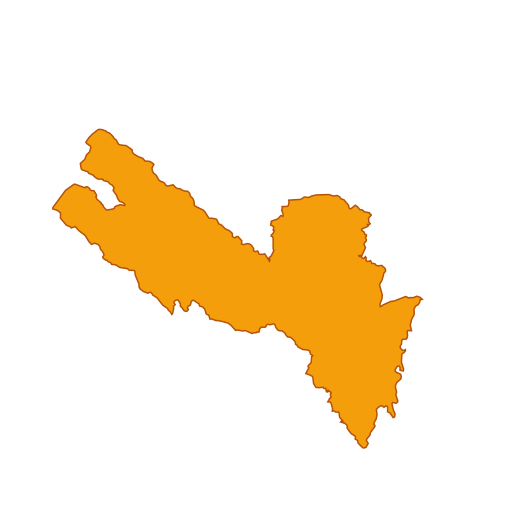 Kiharu, Central, Kenya, rotated 34°
{"feature_id": "3690345B72180207858390", "entity_name": "Kiharu", "entity_type": "district", "adm_level": 2, "iso_a3": "KEN", "parent_name": "Kenya", "parent_adm1": "Central", "projection": "orthographic", "projection_center": [37.119, -0.71], "detail": "fine", "context": "isolated", "style": "filled", "palette": "amber", "viewbox_px": 512, "rotation_deg": 34, "n_neighbors": 0, "source": "geoboundaries", "source_scale": "gbopen_adm2", "svg_char_len": 6104}
<svg xmlns="http://www.w3.org/2000/svg" viewBox="0 0 512 512"><g transform="rotate(34 256 256)"><path d="M61.1,330.6L65.7,329.3L69.8,329.5L72.7,334.0L81.6,336.5L85.9,335.6L87.1,336.1L89.7,332.7L95.4,334.1L102.9,334.5L109.7,337.6L113.1,338.4L115.0,335.7L118.6,334.7L121.1,335.4L123.4,337.5L125.4,337.8L128.8,339.5L129.5,340.6L129.4,342.4L130.5,343.3L133.5,343.5L134.9,342.9L136.4,343.3L139.7,342.9L140.9,343.7L144.5,341.8L149.4,341.7L156.4,338.4L159.0,338.7L162.7,336.3L163.9,336.2L166.5,339.3L174.8,344.8L176.3,347.0L178.2,348.1L182.5,348.4L187.0,347.4L188.6,345.2L189.8,344.9L192.3,346.1L197.4,346.0L206.2,348.9L212.3,349.0L213.6,350.0L216.0,350.2L218.9,351.5L219.0,350.3L217.3,346.0L215.8,343.7L216.2,341.4L214.0,340.6L213.7,339.6L214.2,337.5L216.1,336.0L220.2,338.1L221.4,340.0L222.8,340.0L227.2,341.6L228.6,341.1L229.7,340.3L229.9,339.1L229.7,338.0L228.3,337.5L227.9,336.6L228.0,335.3L229.0,333.4L227.9,330.1L228.0,328.7L228.9,327.6L235.4,327.6L237.2,329.0L240.0,328.1L243.2,328.6L246.4,331.4L247.4,331.9L250.0,331.5L253.1,334.1L254.6,332.9L259.2,331.9L259.9,331.1L265.8,328.7L270.4,327.3L274.0,327.4L280.6,329.1L282.4,327.5L286.5,325.9L289.0,323.7L296.0,322.5L297.4,320.5L298.9,319.8L299.4,318.3L300.6,317.9L301.0,316.8L299.7,314.4L300.3,311.8L303.2,310.2L303.7,308.9L303.3,307.5L303.8,306.5L304.5,305.6L306.0,305.3L308.4,302.5L309.7,302.2L312.8,304.3L315.3,305.2L317.2,304.9L319.3,303.5L322.9,303.7L325.6,305.0L327.7,305.4L329.8,304.2L333.1,304.4L336.3,305.1L338.2,307.1L339.2,306.8L341.7,307.9L347.0,307.4L351.5,305.0L353.6,304.8L355.9,306.8L358.8,306.9L358.3,308.2L361.3,313.5L360.6,317.4L361.0,318.7L362.3,319.1L363.0,325.6L367.0,324.6L369.7,324.3L370.9,324.7L375.1,329.6L379.1,331.4L381.7,330.1L384.9,327.4L386.4,327.9L388.0,326.7L389.9,328.9L391.0,329.1L391.6,328.2L390.4,327.7L391.0,326.8L392.5,327.4L394.0,327.0L394.9,327.4L394.9,329.0L397.3,331.3L396.7,332.7L397.1,336.8L399.4,335.5L400.7,336.2L404.7,339.6L406.1,342.0L407.1,340.9L409.3,340.8L412.0,339.2L415.7,343.1L420.3,344.2L419.2,344.9L419.0,346.3L423.6,345.0L425.9,345.5L427.1,346.2L427.5,347.5L430.4,348.8L434.3,350.0L439.3,349.9L440.6,352.3L443.3,352.1L445.5,354.1L451.8,355.3L453.2,354.5L454.2,353.0L453.8,348.6L450.6,347.2L450.2,345.9L450.6,340.8L449.6,338.1L449.9,331.0L449.3,329.9L448.0,329.7L447.1,328.1L446.8,324.0L445.0,319.8L441.5,315.8L441.9,313.6L442.9,310.8L444.2,309.7L446.7,309.9L447.4,307.9L448.2,307.2L449.8,307.9L452.2,311.6L454.9,311.2L460.0,313.3L460.7,312.4L460.7,311.2L459.4,309.0L455.7,306.7L451.2,302.3L451.4,300.9L454.5,299.7L455.0,298.1L454.6,296.8L449.6,293.0L448.6,290.1L445.3,287.2L443.9,285.1L443.5,282.1L444.8,277.0L444.0,274.9L443.0,273.8L441.7,273.2L437.4,273.9L435.9,273.7L435.0,272.6L434.8,269.4L435.1,268.2L436.2,267.1L437.6,267.7L439.3,270.2L442.4,268.9L441.6,267.2L436.1,262.9L432.9,257.7L431.7,255.4L432.8,253.2L432.9,251.0L432.2,250.1L431.6,251.4L430.3,252.1L428.7,252.1L426.6,251.2L426.0,250.1L425.8,247.5L424.1,244.6L424.1,243.2L427.0,240.9L427.1,239.4L425.9,236.8L423.5,234.2L423.6,232.9L426.7,231.0L422.5,227.0L420.4,221.2L419.9,216.1L416.5,211.3L416.5,207.7L417.7,205.7L417.5,202.6L416.5,200.6L418.1,199.0L415.2,198.5L411.8,199.4L409.6,202.7L407.3,204.0L406.3,205.3L402.7,205.9L395.8,216.0L393.1,218.3L388.7,225.5L387.7,228.3L386.5,227.9L385.4,225.7L384.4,221.3L382.6,217.8L374.4,210.7L373.9,205.2L371.5,198.2L372.0,196.7L371.4,195.3L370.0,194.1L365.5,193.5L362.9,195.8L360.7,196.6L359.3,196.0L357.6,196.3L356.3,197.5L353.6,195.8L351.7,198.2L349.8,198.3L348.2,195.7L347.0,195.4L347.0,197.1L346.2,198.1L345.0,198.2L344.0,197.5L341.9,198.7L341.0,198.2L343.5,196.4L342.1,187.8L339.0,186.0L338.6,184.9L339.0,182.0L338.4,180.8L336.3,179.3L336.4,177.6L335.7,176.8L334.3,177.1L331.8,175.6L329.3,175.7L328.6,174.5L332.0,169.2L332.2,168.2L330.8,167.6L332.1,166.9L332.7,165.4L330.7,164.9L328.0,161.5L328.8,157.9L327.9,157.2L326.8,157.5L326.0,156.7L320.9,158.8L318.4,158.3L316.3,159.5L312.5,158.4L309.9,158.4L308.4,163.4L307.4,164.4L305.9,163.9L304.4,162.2L297.3,160.2L294.7,161.1L292.2,160.2L289.4,160.5L286.7,163.0L282.0,164.3L271.7,171.8L268.7,175.0L267.0,178.0L263.0,180.1L261.6,183.9L251.9,191.4L253.5,193.2L254.6,196.2L254.2,197.4L250.0,200.4L250.8,201.0L251.7,203.7L255.0,206.0L256.1,208.0L254.0,208.5L253.4,212.9L249.2,218.7L250.1,219.7L250.2,221.1L251.1,222.3L252.9,221.7L254.5,222.1L255.8,225.0L256.9,224.6L257.5,227.3L257.0,230.2L257.5,231.1L258.8,230.7L260.2,231.6L266.4,240.7L267.7,241.4L268.6,247.5L267.8,250.0L269.7,251.5L270.1,252.8L262.0,249.3L260.5,251.0L257.9,252.6L256.7,252.5L255.7,251.3L254.5,251.0L253.1,252.7L250.9,253.1L249.9,251.2L246.5,249.7L243.9,249.6L241.6,250.7L239.2,253.6L237.2,254.1L235.7,251.3L230.1,249.9L229.0,250.8L228.5,252.6L227.0,253.1L225.6,253.0L223.8,250.6L222.8,250.3L219.7,249.9L215.2,250.7L210.3,249.6L207.1,250.1L203.2,247.8L202.1,247.7L198.1,249.4L196.9,250.6L195.4,250.8L188.6,247.8L186.5,247.5L177.4,248.7L176.2,248.1L174.5,245.8L172.4,244.2L170.9,243.5L168.4,243.2L166.0,241.2L163.2,240.5L160.7,242.0L157.0,242.8L155.4,242.6L153.8,243.8L151.5,244.2L147.5,243.3L143.6,247.5L141.8,247.8L139.3,246.7L136.5,246.9L135.5,247.5L132.5,247.2L128.3,244.9L124.2,244.5L122.3,243.1L120.6,241.3L120.1,237.2L118.6,236.8L115.0,237.0L110.8,239.3L107.4,238.3L103.4,239.4L98.1,239.8L95.6,239.2L93.9,237.2L87.9,237.1L86.6,237.1L81.0,240.0L79.5,240.2L75.3,238.0L72.2,237.8L71.1,237.0L65.9,236.0L63.1,236.6L61.7,236.3L57.8,237.3L55.2,238.6L54.2,240.1L52.2,246.5L51.3,251.2L51.3,256.8L52.8,257.4L57.3,257.5L58.4,258.4L59.8,262.9L58.9,266.8L60.0,271.8L58.6,277.5L62.3,281.4L63.7,281.8L69.6,280.2L71.0,281.0L76.1,280.0L77.4,280.6L81.8,280.7L86.0,278.0L86.9,278.7L88.3,278.5L91.4,277.2L95.1,277.9L97.2,277.7L100.1,278.7L100.9,281.6L106.5,283.7L109.1,285.7L112.5,287.0L115.0,286.2L117.4,286.2L118.6,286.7L118.8,287.7L114.8,289.3L112.0,293.0L111.4,294.5L111.8,295.7L111.5,296.6L106.5,301.5L102.3,300.6L100.0,299.1L98.8,299.4L98.0,298.5L92.3,297.9L90.1,296.4L90.3,295.4L89.5,294.5L85.2,292.5L82.9,293.8L81.5,293.9L80.5,293.1L77.9,292.9L76.4,293.5L76.0,295.1L65.6,297.7L64.8,298.8L61.4,308.0L60.5,329.1L61.1,330.6Z" fill="#f59e0b" stroke="#b45309" stroke-width="1.5"/></g></svg>